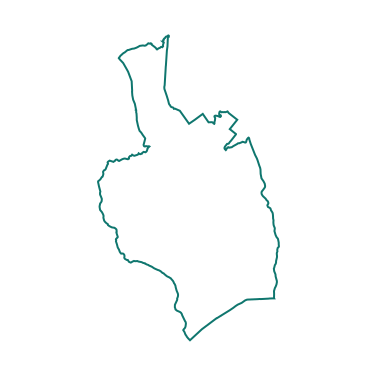 outline of Curtea, Timis, Romania, rotated 108°
{"feature_id": "2599482B40469998650222", "entity_name": "Curtea", "entity_type": "district", "adm_level": 2, "iso_a3": "ROU", "parent_name": "Romania", "parent_adm1": "Timis", "projection": "albers", "projection_center": [22.328, 45.846], "detail": "fine", "context": "isolated", "style": "outline", "palette": "teal", "viewbox_px": 384, "rotation_deg": 108, "n_neighbors": 0, "source": "geoboundaries", "source_scale": "gbopen_adm2", "svg_char_len": 6039}
<svg xmlns="http://www.w3.org/2000/svg" viewBox="0 0 384 384"><g transform="rotate(108 192 192)"><path d="M249.4,261.7L250.0,260.0L250.4,257.4L250.2,255.8L250.0,255.1L250.2,253.9L250.7,252.8L251.0,252.3L252.4,251.6L253.4,251.5L253.4,251.3L254.5,251.0L257.7,248.7L258.3,248.8L260.0,249.7L260.7,249.7L261.2,249.2L262.4,249.1L265.0,247.2L267.7,245.5L269.4,243.6L271.2,242.2L272.2,240.9L272.5,240.3L272.0,239.2L271.9,238.5L272.2,237.7L272.6,237.1L273.7,236.4L275.4,236.1L276.0,235.6L276.4,234.9L276.8,232.9L276.7,232.5L276.5,232.1L276.7,231.8L277.8,230.6L278.1,228.6L277.8,228.1L276.7,227.2L275.5,225.9L275.4,224.7L274.5,222.5L274.7,221.6L274.3,218.4L274.4,217.3L274.6,216.4L274.5,216.1L274.4,215.4L274.6,214.8L274.4,214.3L274.7,213.9L274.9,212.6L274.9,210.9L275.3,209.8L275.3,208.2L275.5,207.8L275.5,207.0L276.2,204.7L276.4,203.4L276.7,200.6L276.7,199.0L277.1,197.2L277.9,195.5L278.1,195.0L278.1,193.9L278.6,193.0L279.0,192.1L279.3,191.2L279.7,190.4L280.0,189.2L280.1,187.9L280.7,185.4L281.1,184.9L282.4,182.7L283.1,181.9L284.3,180.9L285.1,179.8L286.4,178.7L287.6,178.1L290.5,176.2L292.7,174.3L293.4,173.8L294.3,173.4L295.9,173.1L298.0,173.2L298.9,172.8L299.6,172.8L304.5,173.4L306.9,172.7L308.3,171.6L308.8,171.4L309.5,169.7L309.8,166.7L310.0,165.8L310.3,165.1L311.3,163.9L312.2,163.3L317.0,158.7L317.5,158.0L318.1,157.6L319.1,157.1L321.9,156.6L322.6,156.6L323.7,156.8L325.5,157.6L326.1,157.6L327.5,155.9L329.7,154.1L330.3,153.1L331.1,152.4L332.4,150.4L333.6,148.1L319.5,140.2L304.4,129.6L304.4,129.4L292.7,119.5L289.5,117.0L287.0,115.3L285.0,113.7L282.1,110.5L278.7,108.0L278.0,107.2L277.3,106.3L273.6,96.4L272.9,94.7L272.5,93.3L269.9,86.6L269.1,84.8L267.8,81.0L267.6,81.2L263.6,82.4L260.9,83.4L257.7,83.5L256.1,83.2L253.8,83.1L251.5,83.4L250.4,83.8L246.6,86.3L244.5,87.2L242.0,89.3L239.5,90.5L238.7,90.4L236.0,90.6L234.4,90.2L233.0,90.3L231.7,90.7L228.0,91.0L226.8,91.3L224.5,92.3L223.5,92.5L222.1,92.4L220.8,93.0L220.2,93.1L218.7,93.2L217.2,92.5L216.7,92.6L215.1,93.3L213.3,93.9L210.1,95.7L209.6,96.3L208.9,97.5L207.1,99.2L203.7,101.5L201.5,101.9L200.8,102.1L200.4,102.4L198.6,103.9L197.7,104.4L195.8,105.2L193.6,105.8L192.1,106.7L189.9,107.5L188.0,108.3L186.7,109.1L185.4,110.7L184.9,111.3L183.8,112.0L183.3,112.5L182.9,113.9L182.9,114.3L182.8,115.0L181.6,116.1L180.8,116.2L179.9,115.9L179.1,115.9L178.3,116.3L177.7,116.8L177.3,117.2L176.7,118.6L175.6,119.9L174.1,123.1L173.7,123.7L172.7,124.9L172.1,125.3L171.1,125.7L170.1,125.8L166.1,124.4L164.7,124.1L163.7,124.3L161.6,125.4L159.7,127.3L157.6,130.1L153.6,132.3L149.5,133.8L147.9,134.7L146.2,136.1L141.5,139.5L140.0,140.7L137.2,143.5L128.1,151.0L124.5,153.6L123.7,154.0L123.5,154.6L122.9,154.7L122.8,155.0L123.1,155.3L124.3,155.8L125.5,156.1L127.7,156.0L128.4,156.3L128.6,157.3L128.5,158.1L128.7,159.6L129.2,159.9L131.1,162.2L131.4,163.2L132.4,163.9L135.6,166.9L137.2,168.1L137.5,168.9L138.2,169.9L138.2,170.6L138.1,171.0L138.2,171.4L138.7,171.4L139.4,172.0L139.8,172.6L140.7,172.7L141.1,172.5L141.7,172.8L141.0,174.1L140.6,174.5L139.7,174.8L138.7,174.7L135.4,173.5L135.1,172.7L134.5,172.0L132.8,171.5L131.3,170.8L123.6,168.0L123.3,168.1L120.5,175.5L109.3,171.3L105.6,181.4L104.4,183.1L105.7,184.7L105.9,185.7L106.2,186.2L106.6,187.8L107.0,188.4L106.9,189.1L106.6,189.9L106.7,190.2L106.9,190.4L107.6,190.6L109.5,190.3L109.9,189.9L110.2,188.4L110.5,188.1L110.9,187.9L111.3,188.0L111.9,188.3L112.0,188.6L111.8,191.1L112.0,192.8L112.2,193.5L112.8,194.0L113.2,194.0L113.6,193.8L114.5,192.8L116.9,192.3L118.4,192.3L119.9,191.8L120.3,191.9L120.2,192.6L119.6,193.5L119.4,194.5L120.6,197.8L114.4,205.9L122.4,211.6L128.0,215.9L118.5,228.7L118.0,233.9L118.5,234.9L117.9,235.4L117.5,236.3L117.6,237.8L117.3,238.7L116.3,239.6L115.8,240.6L115.0,241.3L112.1,243.1L108.0,246.0L102.5,250.1L100.7,250.8L98.9,251.0L91.2,253.0L80.4,255.8L79.8,255.9L65.2,259.6L61.2,260.3L51.8,262.9L51.8,262.2L51.7,262.1L51.1,262.5L50.8,262.2L50.6,262.3L50.4,262.7L50.5,263.0L51.5,263.6L52.1,264.5L52.4,264.8L53.4,265.2L54.0,265.3L54.5,265.8L55.3,266.1L55.9,265.8L56.3,266.0L56.6,266.4L57.2,266.3L57.7,265.8L58.0,265.9L58.1,266.3L58.7,265.0L60.4,265.1L61.5,264.9L62.4,264.5L63.4,265.0L63.3,265.3L63.5,265.7L63.4,265.9L63.6,266.3L65.0,267.2L65.6,268.1L66.5,268.8L67.0,269.0L67.2,269.3L67.2,269.7L66.6,270.2L65.8,271.8L64.4,275.7L63.8,275.9L63.3,277.1L63.9,277.5L64.0,279.3L64.3,279.7L65.2,280.0L66.1,280.8L66.9,281.2L67.5,282.2L67.8,284.0L69.2,286.9L70.3,287.8L71.9,289.4L73.4,291.3L74.3,293.2L76.6,296.3L76.8,296.9L77.0,297.2L80.3,299.3L80.9,300.0L82.7,301.1L83.0,301.2L84.6,302.2L85.4,302.3L86.7,302.9L87.3,303.0L88.3,301.5L90.6,297.3L95.7,291.7L97.4,289.9L105.3,283.6L114.5,280.1L114.9,280.1L118.6,278.6L122.4,276.5L125.8,273.6L129.9,271.3L131.0,270.7L131.3,270.8L131.4,270.4L131.6,270.3L133.5,269.7L134.6,269.0L138.4,267.5L140.6,266.8L145.6,263.9L148.0,262.3L150.0,260.8L150.3,260.3L151.0,259.0L151.7,258.0L152.8,256.7L155.2,253.4L155.7,253.0L162.2,252.6L163.1,251.9L163.3,251.5L163.3,251.1L163.2,250.7L162.6,250.0L162.3,248.1L161.8,247.1L161.9,246.6L163.0,247.2L164.5,247.8L165.1,247.6L167.2,247.7L167.7,247.9L168.6,248.5L168.8,250.4L169.9,251.2L171.1,251.6L171.1,252.0L171.8,252.5L172.1,253.1L172.0,253.8L171.7,254.7L172.9,254.9L173.4,255.3L175.3,257.9L175.4,259.1L175.0,260.5L176.4,261.0L176.9,262.0L177.9,262.5L178.8,262.7L179.5,262.3L179.8,262.3L180.0,262.7L180.6,263.0L180.7,263.3L180.9,266.2L181.2,266.8L181.6,267.5L182.5,268.6L185.0,270.9L185.0,271.6L184.4,273.0L184.5,274.0L185.1,274.6L186.3,275.0L186.8,275.5L187.6,276.0L187.6,280.0L189.0,281.1L189.7,281.4L190.0,281.4L191.1,280.6L191.4,280.6L192.3,280.9L196.9,281.2L197.6,281.4L198.8,282.5L199.8,282.7L200.4,282.8L202.1,281.9L202.9,281.8L204.9,281.8L205.3,281.9L205.7,282.4L208.1,283.0L209.8,283.9L210.6,284.5L211.4,284.5L215.4,282.2L219.9,279.3L221.3,279.2L222.9,278.6L224.8,276.9L226.5,275.6L228.2,275.2L228.9,275.1L229.9,275.3L231.3,275.8L234.0,275.5L234.7,275.3L237.4,273.9L239.1,271.3L240.9,269.5L242.1,268.7L243.9,268.3L246.2,266.8L246.8,266.2L247.2,265.6L248.1,263.8L248.6,262.1L249.4,261.7Z" fill="none" stroke="#0f766e" stroke-width="2"/></g></svg>